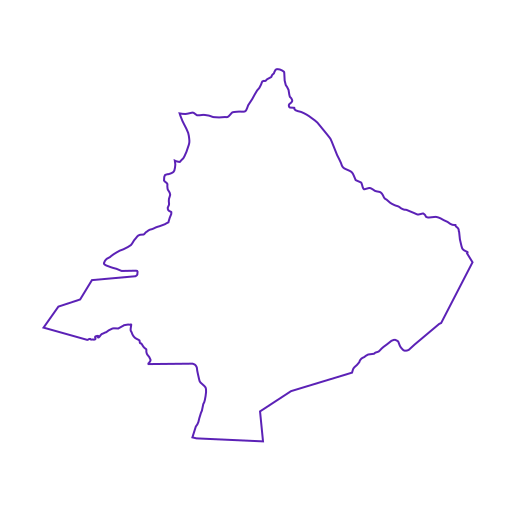 Texiguat, El Paraíso, Honduras (orthographic projection), rotated 177°
{"feature_id": "27666195B35644327877667", "entity_name": "Texiguat", "entity_type": "district", "adm_level": 2, "iso_a3": "HND", "parent_name": "Honduras", "parent_adm1": "El Paraíso", "projection": "orthographic", "projection_center": [-87.038, 13.663], "detail": "fine", "context": "isolated", "style": "outline", "palette": "violet", "viewbox_px": 512, "rotation_deg": 177, "n_neighbors": 0, "source": "geoboundaries", "source_scale": "gbopen_adm2", "svg_char_len": 6097}
<svg xmlns="http://www.w3.org/2000/svg" viewBox="0 0 512 512"><g transform="rotate(177 256 256)"><path d="M324.8,402.4L324.2,400.1L322.4,394.7L321.1,391.7L318.9,386.8L317.3,382.5L316.8,379.6L316.6,377.2L316.5,374.8L316.6,373.2L316.9,371.8L317.3,370.5L320.0,363.7L322.2,359.4L323.4,357.5L324.0,356.9L325.1,356.0L327.2,353.9L328.7,354.2L331.0,354.9L332.1,355.5L331.9,353.4L331.8,351.4L332.3,348.4L333.1,345.6L334.1,344.2L335.8,343.3L337.2,342.8L339.1,342.3L340.2,342.3L341.8,341.9L342.7,341.5L343.5,339.7L343.9,336.2L343.3,335.3L341.3,333.5L340.7,332.4L340.9,330.2L340.8,328.0L340.6,326.9L339.3,324.6L338.8,323.4L338.5,321.6L339.1,319.8L339.9,317.7L340.2,315.4L340.1,312.9L340.2,311.7L341.6,308.9L341.6,307.6L341.2,306.4L340.2,305.4L338.6,304.6L338.3,304.3L338.3,303.3L338.5,302.2L340.1,298.8L341.2,295.8L341.7,294.2L343.8,293.3L345.3,292.5L350.7,290.8L352.9,290.3L354.8,289.7L355.9,289.2L357.4,288.6L358.7,288.2L360.4,287.9L361.6,287.4L362.8,286.7L363.2,286.3L364.1,285.9L365.0,285.2L366.5,283.7L366.8,283.5L367.4,283.3L369.7,283.3L370.9,283.2L372.5,282.6L373.6,281.7L375.1,280.0L376.9,278.1L379.1,274.9L380.3,273.5L383.4,271.7L387.9,269.7L389.1,269.3L392.0,268.4L392.7,268.0L394.8,267.0L398.1,265.2L400.7,263.5L401.8,262.6L405.0,261.1L406.2,260.1L407.2,258.9L408.2,256.9L408.2,256.2L407.6,255.4L406.1,254.4L401.5,252.4L399.4,251.6L396.0,250.5L391.0,248.1L376.6,247.6L375.5,247.3L375.1,246.4L375.5,243.7L376.0,243.0L377.4,242.1L421.1,240.5L433.9,221.8L456.0,215.8L471.9,195.6L429.0,181.1L428.5,181.1L427.0,181.8L426.5,181.9L425.8,181.8L425.4,181.3L425.2,181.2L424.2,181.1L423.1,181.2L422.3,180.9L421.3,181.1L420.9,181.3L420.7,181.6L420.6,182.3L420.9,182.9L420.9,183.3L420.8,183.8L420.5,184.1L418.9,184.5L418.0,184.5L417.8,184.4L417.8,184.2L418.2,183.7L418.3,183.4L417.9,182.9L417.4,182.9L416.5,183.6L415.3,185.1L414.2,186.1L412.5,186.7L410.4,187.6L410.0,187.6L409.7,187.7L408.7,188.3L407.1,189.4L403.4,191.0L402.4,191.2L401.1,191.2L397.4,190.8L393.1,192.9L392.0,193.4L391.4,193.8L387.8,194.2L386.6,194.2L385.3,193.9L384.9,193.9L384.5,194.2L384.3,194.1L384.2,193.9L384.5,192.3L384.9,190.4L385.1,188.6L384.9,187.7L384.2,186.3L383.6,184.4L382.9,182.9L382.0,181.6L381.0,180.5L379.7,179.6L377.8,178.5L376.9,177.9L376.7,177.4L376.6,175.9L376.4,175.2L375.9,174.8L375.3,174.7L375.1,174.5L374.5,173.7L373.8,172.3L372.9,170.9L372.1,170.0L370.8,168.9L370.5,168.6L370.4,167.9L370.5,166.8L370.5,166.0L370.3,164.8L370.0,163.8L369.7,163.2L367.9,160.7L366.8,158.0L366.8,157.3L367.1,156.6L368.3,155.0L369.0,154.4L369.1,154.1L369.0,153.7L325.0,151.8L323.8,151.3L322.6,150.6L322.0,149.9L321.3,148.7L320.9,147.5L320.7,144.6L320.2,141.3L319.4,136.6L318.9,134.1L318.5,133.3L318.0,132.5L314.4,128.9L313.3,127.4L313.1,126.7L312.9,125.5L313.0,122.6L313.7,118.7L314.6,114.9L315.4,112.6L316.3,111.1L316.5,110.5L318.1,104.4L319.2,102.2L320.1,99.7L321.1,97.0L322.2,93.3L323.4,90.9L325.0,88.9L329.0,78.2L325.0,77.0L258.7,70.5L260.1,100.6L228.1,119.2L166.2,134.5L165.1,137.6L164.5,138.7L163.4,139.9L160.9,141.9L159.2,143.7L158.4,144.6L157.9,145.8L157.5,146.5L156.7,147.4L156.0,148.1L154.7,148.8L153.2,149.4L151.5,150.6L149.3,151.7L148.6,151.8L145.9,152.0L143.4,152.2L142.9,152.4L142.3,153.0L141.7,153.3L139.7,153.8L138.5,154.2L137.3,155.2L135.4,157.0L133.5,158.5L129.7,161.0L125.9,163.7L125.2,164.2L124.3,164.5L122.8,165.0L122.0,165.0L121.5,165.0L120.0,164.3L118.6,163.3L118.3,162.7L117.1,159.0L116.6,157.9L115.9,156.8L115.2,155.9L114.2,154.7L113.5,154.1L112.6,153.7L111.0,153.6L109.7,153.8L108.3,154.3L102.2,159.3L76.6,178.6L74.6,179.4L40.1,238.4L45.1,247.6L44.8,248.0L44.6,248.3L44.5,248.6L44.6,248.9L44.9,249.1L46.3,249.8L48.2,251.0L49.2,252.0L49.7,252.9L50.3,255.2L51.5,261.9L51.9,269.4L52.2,270.3L52.2,271.5L52.6,272.8L53.4,273.8L54.8,275.1L55.1,275.7L55.2,276.5L56.3,276.6L57.8,276.8L58.7,277.1L60.4,278.0L62.9,280.0L66.7,282.0L69.7,283.9L71.8,284.9L73.6,285.5L74.8,285.7L80.7,285.4L81.9,285.4L82.8,285.6L83.7,286.0L84.2,286.3L84.4,286.7L84.8,287.7L85.2,288.3L85.9,289.0L86.8,289.7L87.4,289.7L89.3,289.3L91.9,288.9L92.5,289.0L93.5,289.4L96.0,290.7L100.0,292.6L102.9,294.0L103.7,294.3L105.5,294.5L107.2,295.2L108.9,296.2L110.1,297.3L110.7,297.7L111.8,298.3L113.8,299.0L115.1,299.6L117.6,301.0L119.3,302.2L122.7,305.5L124.0,306.3L124.5,306.8L125.2,307.9L126.1,310.1L127.0,311.7L127.7,312.5L128.5,313.2L129.5,313.6L132.0,314.2L133.5,314.7L134.1,315.0L135.3,316.0L136.8,317.0L137.8,317.6L138.6,317.9L139.2,318.0L140.0,317.9L144.1,317.0L144.6,317.0L144.9,317.2L145.3,317.8L145.8,319.0L146.5,322.1L147.0,323.6L147.4,324.0L151.2,325.9L152.5,326.6L154.2,331.3L155.0,333.2L155.8,334.4L156.6,335.2L157.8,336.0L159.1,336.7L161.3,337.8L163.3,338.9L164.2,339.7L164.9,340.6L165.5,341.8L166.3,344.5L167.8,348.2L169.7,352.5L174.4,366.3L175.5,369.1L176.2,370.2L178.6,373.6L187.7,386.0L190.1,388.3L193.3,390.9L195.6,392.8L198.0,394.5L200.5,396.0L202.6,397.1L203.7,397.6L206.7,398.5L208.7,399.4L209.2,399.8L209.9,400.7L210.0,401.1L209.9,401.7L210.1,402.0L213.8,402.4L214.6,402.6L214.9,402.9L215.2,403.5L215.3,404.2L215.3,404.9L215.1,405.4L214.7,406.0L213.4,406.9L212.4,407.8L211.8,408.7L211.7,409.6L212.0,410.5L212.5,411.6L213.0,412.3L213.7,413.0L213.9,413.4L214.3,415.4L214.7,419.1L214.8,420.1L216.1,423.1L217.3,425.1L217.4,425.5L218.2,429.7L218.2,437.4L218.3,438.2L218.5,438.6L220.4,440.0L222.4,441.0L224.3,441.4L225.2,441.5L226.0,441.3L226.7,440.9L227.3,440.0L227.9,439.0L228.4,437.8L228.7,437.3L230.0,436.3L230.6,435.6L230.9,435.0L231.2,434.2L231.5,433.9L235.5,432.0L236.2,431.5L236.9,430.7L237.4,430.4L238.0,430.3L238.6,430.4L239.0,430.5L239.9,430.2L240.5,430.0L241.0,429.2L242.0,426.9L243.8,423.8L244.6,422.9L246.1,421.4L246.8,420.4L248.8,417.4L251.5,413.0L255.9,407.0L257.2,404.0L258.2,402.1L258.7,401.5L259.5,401.0L260.3,400.8L261.5,400.8L265.3,401.1L269.2,401.0L270.8,400.9L271.9,400.7L272.5,400.4L275.4,397.5L276.1,396.9L277.1,396.3L278.1,396.2L279.7,396.4L285.6,396.3L291.0,396.9L292.1,397.2L294.4,398.2L295.8,398.7L300.1,399.6L301.7,399.7L304.8,399.5L307.4,399.6L307.8,399.8L308.4,400.3L310.6,402.1L311.6,402.5L312.3,402.5L317.0,401.7L319.1,401.5L321.9,401.8L324.8,402.4Z" fill="none" stroke="#5b21b6" stroke-width="2"/></g></svg>